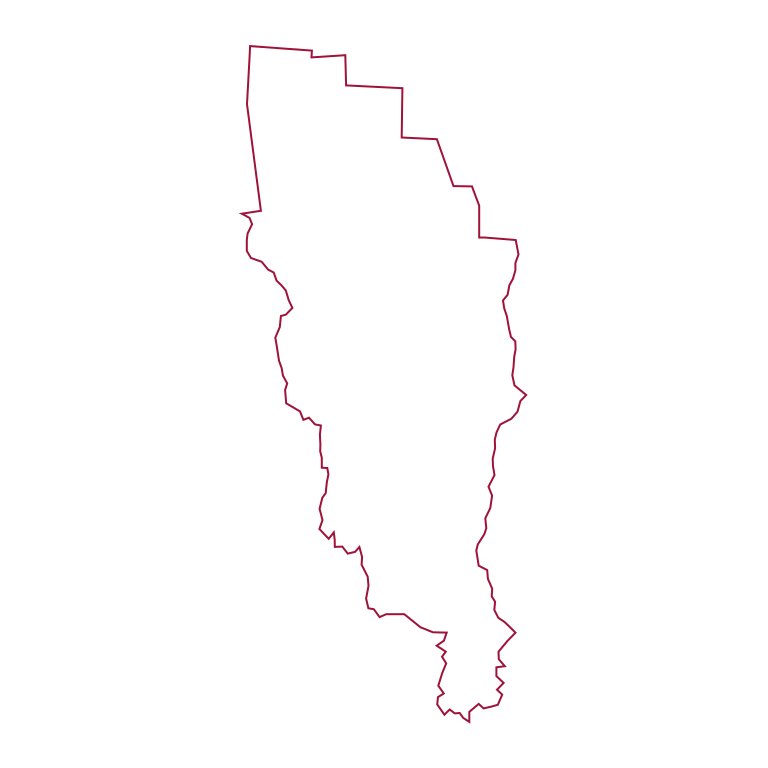 Vera Cruz, Rio Grande do Sul, Brazil (Equal Earth projection)
{"feature_id": "56859067B93836063527687", "entity_name": "Vera Cruz", "entity_type": "district", "adm_level": 2, "iso_a3": "BRA", "parent_name": "Brazil", "parent_adm1": "Rio Grande do Sul", "projection": "equal_earth", "projection_center": [-52.528, -29.73], "detail": "fine", "context": "isolated", "style": "outline", "palette": "rose", "viewbox_px": 768, "rotation_deg": 0, "n_neighbors": 0, "source": "geoboundaries", "source_scale": "gbopen_adm2", "svg_char_len": 2064}
<svg xmlns="http://www.w3.org/2000/svg" viewBox="0 0 768 768"><path d="M319.4,529.0L328.7,538.8L333.8,532.4L334.7,539.9L334.8,546.9L342.3,546.6L347.7,553.6L355.0,551.9L359.4,547.0L362.1,557.0L361.6,564.7L364.7,570.8L367.7,576.7L368.5,585.9L366.1,598.6L368.4,608.3L373.8,609.2L379.6,617.1L386.2,614.2L404.3,614.2L420.5,627.3L433.0,632.3L446.7,632.6L443.9,640.7L436.7,645.7L445.8,651.7L442.0,656.7L446.2,663.4L442.1,673.4L438.3,685.7L443.8,693.5L438.0,697.1L437.2,704.4L444.4,714.7L449.7,709.5L454.8,713.4L459.7,713.0L463.2,717.9L469.3,721.9L469.3,711.9L478.7,703.9L483.6,708.4L491.4,706.6L497.8,704.8L502.2,694.6L497.0,689.7L503.6,682.9L496.4,676.1L496.4,667.3L504.8,666.2L498.8,659.2L498.5,651.7L507.3,641.1L515.5,632.7L509.4,626.6L504.4,621.9L498.3,617.8L494.3,609.9L495.1,601.8L491.7,596.3L492.2,588.7L487.9,578.8L487.2,570.1L478.7,565.7L476.3,550.5L477.8,544.4L484.3,534.2L486.3,528.3L485.3,518.3L490.3,508.0L492.1,495.6L488.5,486.7L494.5,475.1L493.0,466.2L492.7,458.7L495.1,448.2L494.8,439.7L496.5,432.5L500.2,424.5L511.3,418.8L517.5,411.7L520.4,401.0L526.2,395.0L514.5,385.4L512.3,375.2L513.5,367.4L514.2,356.9L515.6,349.4L515.3,341.3L511.0,337.0L509.2,329.6L506.8,316.0L504.2,308.3L503.0,300.4L507.6,294.8L509.4,285.2L512.9,278.9L515.4,270.3L515.4,263.0L518.5,254.5L515.7,240.0L484.3,237.5L479.2,237.5L479.2,205.6L475.5,195.9L472.0,186.4L453.5,186.1L436.9,139.2L401.7,137.5L402.4,88.2L346.1,85.4L345.3,55.2L311.5,57.4L311.9,50.6L250.1,46.1L249.4,60.2L247.0,104.2L260.9,210.8L241.8,213.7L249.5,217.9L252.1,224.2L247.6,233.5L246.8,240.0L246.8,250.9L251.0,258.0L261.7,261.8L268.1,269.6L273.7,272.5L276.6,280.7L281.6,285.5L285.8,290.5L288.8,300.4L292.4,307.9L285.9,314.6L280.9,316.0L279.8,327.1L275.3,337.7L276.6,345.1L279.0,360.7L281.7,368.2L282.9,375.5L287.2,383.4L285.1,390.0L286.2,403.3L300.0,411.4L303.4,419.8L309.0,417.7L315.0,424.4L320.9,425.5L319.9,434.7L320.4,444.4L320.2,451.3L321.8,457.8L321.8,467.7L327.3,468.0L328.4,474.3L326.8,482.6L325.7,493.1L322.3,497.8L319.6,508.8L322.5,520.1L319.4,529.0Z" fill="none" stroke="#9f1239" stroke-width="2"/></svg>